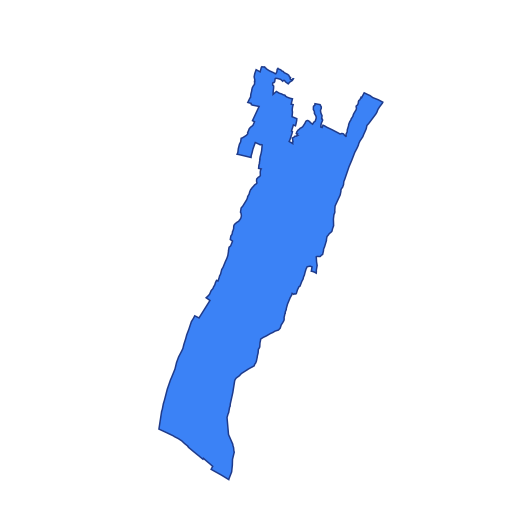 Bogdanita, Vaslui, Romania (Equal Earth projection), rotated 36°
{"feature_id": "2599482B30412636472664", "entity_name": "Bogdanita", "entity_type": "district", "adm_level": 2, "iso_a3": "ROU", "parent_name": "Romania", "parent_adm1": "Vaslui", "projection": "equal_earth", "projection_center": [27.663, 46.443], "detail": "fine", "context": "isolated", "style": "filled", "palette": "blue", "viewbox_px": 512, "rotation_deg": 36, "n_neighbors": 0, "source": "geoboundaries", "source_scale": "gbopen_adm2", "svg_char_len": 6084}
<svg xmlns="http://www.w3.org/2000/svg" viewBox="0 0 512 512"><g transform="rotate(36 256 256)"><path d="M345.1,455.0L356.6,453.6L365.4,452.9L365.1,452.2L363.2,445.0L359.8,439.1L356.5,434.3L353.7,427.5L352.6,426.6L350.6,424.3L348.6,422.8L347.8,421.9L338.7,416.6L327.5,403.7L326.3,400.4L325.9,398.7L323.5,393.8L323.4,392.8L322.2,390.9L317.5,380.1L312.0,369.3L311.8,368.3L311.7,367.2L311.8,366.1L313.0,362.5L313.1,360.7L313.4,359.3L316.4,351.6L319.1,345.9L318.6,344.5L318.6,342.7L318.1,340.8L316.4,337.0L315.9,336.2L314.7,333.2L312.9,330.3L312.7,329.7L312.8,329.2L312.5,327.4L310.3,324.0L309.4,321.9L308.6,320.5L309.7,317.6L311.3,314.7L313.3,310.1L314.5,308.1L315.6,305.5L317.7,302.7L318.0,300.2L316.9,296.9L316.8,294.4L316.5,291.8L315.9,290.5L314.9,289.3L313.3,285.6L313.4,285.3L312.5,283.9L312.0,281.6L311.4,280.7L309.8,276.5L308.1,269.4L307.8,266.5L307.2,265.0L309.1,264.8L309.4,263.9L310.1,263.7L310.7,262.8L309.4,258.9L308.8,255.5L309.3,254.7L309.2,254.1L308.0,249.7L307.6,246.9L306.8,245.1L306.4,243.1L305.4,240.7L304.2,237.3L303.7,234.6L305.8,232.4L307.7,231.9L309.7,235.8L310.4,235.4L312.8,234.7L314.8,234.5L314.2,233.4L313.2,232.1L311.0,227.7L308.4,225.1L305.2,221.2L305.6,220.5L308.1,218.8L308.3,218.5L308.4,217.0L309.0,215.6L307.6,212.3L306.6,210.6L306.1,208.4L303.9,202.1L303.1,200.9L302.0,198.5L302.2,196.1L302.1,195.0L302.7,192.7L302.9,191.6L302.8,191.2L301.8,188.7L301.0,185.9L296.9,180.6L294.7,176.7L294.3,174.8L293.7,173.7L293.1,173.1L290.6,169.1L288.2,157.1L286.7,153.8L285.8,152.5L285.6,151.3L285.6,149.4L285.2,148.1L284.9,146.9L283.3,144.2L282.7,141.8L278.8,129.2L277.2,122.3L275.0,114.1L274.4,109.7L273.7,106.2L273.1,104.8L272.8,103.5L272.5,101.8L272.3,96.7L271.7,94.5L271.1,91.5L270.4,88.3L269.0,85.2L269.3,82.8L269.5,70.8L269.3,68.7L268.5,65.8L268.3,62.7L268.4,58.0L268.2,57.0L263.2,57.7L257.4,59.2L253.7,59.2L252.6,59.5L247.6,60.4L248.4,65.9L247.7,65.8L248.2,68.7L247.8,69.7L248.0,70.7L249.0,72.5L249.2,73.5L249.3,74.5L248.9,75.5L249.3,76.5L250.3,77.2L251.0,78.7L251.4,83.1L251.6,84.3L252.3,86.2L252.4,89.2L252.8,90.1L252.9,92.1L253.6,95.0L254.3,96.2L255.7,100.3L256.8,102.0L257.2,104.5L258.5,106.0L258.4,106.4L256.5,106.3L255.6,105.9L254.9,105.8L253.6,106.3L253.2,106.6L252.8,107.4L251.8,108.0L250.9,108.0L243.5,109.1L237.6,110.2L235.1,110.4L233.3,110.8L234.0,113.2L232.6,113.6L231.3,111.3L230.7,109.7L230.2,107.3L229.9,106.7L229.1,106.6L228.9,106.2L228.4,106.3L227.0,103.7L224.6,102.3L222.8,100.6L222.4,99.8L222.0,98.2L221.2,97.0L220.2,96.6L219.3,96.0L218.8,95.9L214.2,98.1L215.0,99.6L214.5,100.8L214.7,101.5L216.3,103.8L218.0,104.6L218.9,105.4L219.1,106.0L219.6,106.4L221.9,107.4L222.9,108.1L223.7,109.2L224.6,112.0L224.5,112.8L224.1,113.7L224.3,116.1L221.5,116.1L220.4,115.7L218.4,115.9L218.1,116.0L217.6,116.6L217.2,117.5L217.3,118.5L217.6,119.8L217.8,124.1L217.1,125.9L216.7,126.5L216.4,128.5L216.0,129.6L216.1,130.7L216.0,131.3L216.6,133.3L217.4,133.1L217.8,132.8L218.1,134.1L218.9,133.9L218.0,135.6L217.1,136.1L217.0,137.2L216.1,139.2L218.8,141.8L218.6,142.5L219.6,143.5L215.5,143.9L215.0,141.6L213.1,135.7L212.3,133.9L211.3,134.1L209.2,128.0L211.4,127.5L210.7,125.6L209.3,122.5L208.3,120.9L203.3,122.1L200.9,118.1L199.6,116.8L198.8,115.5L197.9,113.8L197.1,111.7L195.2,112.5L193.1,107.4L190.7,108.4L187.8,109.2L185.8,109.4L185.5,109.0L185.0,108.9L184.0,109.2L183.4,109.6L181.5,109.8L179.3,110.6L175.8,110.9L174.8,115.2L173.2,112.8L171.6,109.9L170.6,108.4L170.2,108.0L169.1,108.0L168.1,106.7L167.9,105.8L168.2,105.2L168.6,105.1L168.7,104.3L168.6,103.8L167.3,101.4L167.3,100.9L167.7,100.5L169.4,99.6L172.2,98.6L174.9,98.9L175.0,97.9L175.5,97.4L176.1,97.3L177.5,97.8L180.9,97.8L181.1,95.5L182.2,92.7L182.1,90.6L181.8,90.7L181.6,91.1L181.7,92.3L181.2,92.6L179.6,92.7L179.2,92.3L179.0,91.3L177.9,91.4L176.2,90.5L174.5,90.5L170.9,91.1L169.6,90.7L168.4,91.1L167.6,90.9L166.2,90.9L164.2,91.5L163.5,91.3L163.4,92.5L164.6,94.7L164.9,97.0L164.3,97.3L162.8,97.3L157.9,98.3L154.4,98.5L153.6,98.2L152.4,98.3L152.2,98.0L151.7,98.0L150.5,99.0L149.5,99.4L149.4,100.1L151.1,104.6L146.6,105.2L147.8,109.2L149.2,112.2L151.6,114.3L151.9,114.8L152.0,115.5L152.6,115.6L153.1,117.0L153.7,117.5L153.9,118.1L153.8,119.6L154.1,122.0L154.9,124.0L155.5,125.0L156.7,128.1L158.4,131.0L158.2,131.6L159.1,136.6L162.4,135.4L163.2,136.3L164.5,136.0L170.6,133.2L173.6,148.6L175.9,148.2L176.6,151.5L176.7,152.4L175.9,155.0L175.7,156.9L176.5,160.0L176.6,161.0L177.2,161.3L177.5,162.3L177.3,164.0L176.7,165.6L175.6,168.3L174.8,169.5L176.5,172.7L176.9,175.3L178.6,179.6L180.4,182.8L180.9,184.8L182.5,184.0L194.1,179.2L193.1,177.6L192.2,175.0L190.7,171.4L188.7,164.6L193.0,163.7L193.6,163.7L194.2,163.5L194.5,162.9L195.7,162.5L198.6,167.4L199.9,170.2L201.1,173.4L202.2,175.5L202.4,175.4L203.8,178.3L204.4,179.1L204.9,180.7L206.6,183.6L209.0,182.5L209.1,183.5L210.0,185.5L212.2,188.3L212.2,189.6L211.6,190.9L211.3,193.3L212.4,195.1L213.8,196.3L213.9,197.1L213.1,199.3L213.0,201.2L212.7,203.1L212.9,204.5L212.6,205.0L212.7,205.6L213.2,207.8L214.1,210.1L214.3,212.7L214.6,213.5L214.9,213.8L215.4,216.0L216.0,223.8L215.8,225.0L215.8,226.0L217.7,229.7L218.8,230.2L220.6,232.1L221.4,234.0L221.7,236.0L221.5,236.7L221.6,238.0L220.7,240.1L220.1,242.6L220.1,244.0L220.5,245.0L221.8,247.0L222.4,248.7L222.8,250.5L223.3,251.1L223.9,252.8L223.9,254.6L225.5,257.8L228.2,257.7L228.4,258.1L229.5,262.5L229.5,263.3L229.1,264.4L229.1,264.8L230.7,268.1L230.9,268.2L232.9,272.1L233.6,274.3L234.0,275.9L234.4,278.1L236.0,284.6L236.2,287.1L237.9,291.3L238.1,292.1L238.2,293.4L239.1,295.7L239.9,298.6L238.4,298.9L238.8,301.2L239.6,303.5L239.9,306.3L240.2,307.1L240.3,308.1L240.1,309.5L240.1,310.6L240.9,314.0L240.8,315.8L240.2,319.1L244.9,319.0L246.3,339.6L241.6,340.4L242.0,342.9L242.3,347.1L244.8,354.9L246.3,360.5L247.7,364.1L249.6,369.9L251.2,373.8L251.7,376.4L252.7,383.1L254.3,388.8L256.9,395.1L259.2,404.4L259.5,406.0L262.5,415.9L266.7,426.5L267.9,430.0L270.3,435.1L271.0,437.2L279.2,453.1L294.8,450.1L296.1,450.1L300.5,449.4L304.6,449.2L308.3,449.7L312.8,449.9L312.9,450.2L314.1,450.5L319.9,450.9L332.5,451.6L332.4,450.6L344.6,451.6L345.1,455.0Z" fill="#3b82f6" stroke="#1e3a8a" stroke-width="1.5"/></g></svg>